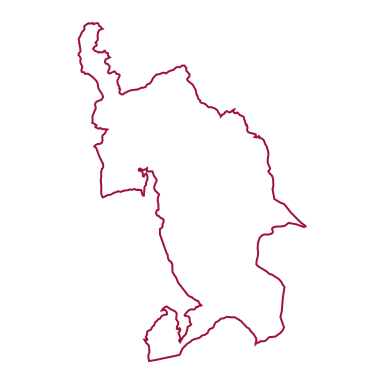 Albán, Cundinamarca, Colombia (orthographic projection)
{"feature_id": "7082276B79549864152225", "entity_name": "Albán", "entity_type": "district", "adm_level": 2, "iso_a3": "COL", "parent_name": "Colombia", "parent_adm1": "Cundinamarca", "projection": "orthographic", "projection_center": [-74.45, 4.893], "detail": "fine", "context": "isolated", "style": "outline", "palette": "rose", "viewbox_px": 384, "rotation_deg": 0, "n_neighbors": 0, "source": "geoboundaries", "source_scale": "gbopen_adm2", "svg_char_len": 5909}
<svg xmlns="http://www.w3.org/2000/svg" viewBox="0 0 384 384"><path d="M88.4,23.2L84.6,25.8L84.2,26.8L84.5,28.9L84.1,29.7L81.9,32.3L80.0,36.6L78.9,38.1L78.7,39.5L79.3,41.3L79.0,42.9L79.7,44.0L79.5,45.5L80.0,46.7L80.4,50.0L80.4,51.6L78.7,53.6L78.5,55.1L79.9,56.5L80.8,58.8L80.3,60.7L80.5,63.1L82.1,66.1L82.3,67.4L81.4,70.0L81.7,71.9L84.1,72.3L85.1,74.0L87.7,73.6L88.8,74.2L92.6,77.0L96.6,81.1L97.8,84.0L98.4,88.3L102.2,94.4L103.0,96.5L102.8,97.6L101.7,99.6L96.7,101.6L95.9,102.4L95.0,104.1L95.8,108.2L92.5,116.0L92.5,121.5L92.2,122.5L92.3,123.0L93.5,123.3L96.5,125.2L96.5,125.7L95.4,126.5L95.3,127.0L95.7,127.4L98.3,128.5L99.4,128.5L100.2,127.9L102.4,129.2L104.6,129.1L105.9,129.6L106.4,129.3L107.3,129.5L106.2,130.5L105.0,133.3L102.7,135.4L102.3,136.3L102.5,140.7L101.9,142.7L100.2,143.8L97.6,144.1L95.7,144.9L94.3,146.6L96.2,147.9L100.1,158.4L101.0,159.5L101.6,161.3L102.9,163.4L103.2,165.4L103.3,166.5L102.9,167.9L102.0,168.8L101.1,172.5L101.3,177.1L100.7,179.8L101.3,186.3L101.2,193.2L101.8,195.5L102.7,197.4L103.1,197.4L107.5,195.2L111.1,194.5L114.2,192.7L116.7,192.0L117.9,191.2L120.6,191.9L124.2,190.6L128.0,190.2L129.2,189.5L131.8,189.8L134.6,189.0L136.3,190.0L137.7,190.0L137.9,189.6L138.7,190.0L141.1,190.0L142.4,194.7L143.2,195.7L143.9,195.6L144.5,187.5L144.7,186.5L146.1,184.9L145.9,183.2L147.4,179.6L147.5,176.6L146.9,174.5L146.0,173.8L145.5,173.8L145.0,174.4L144.1,176.3L143.0,176.3L142.7,172.9L142.0,171.5L140.9,170.8L139.0,170.7L138.7,169.5L139.7,168.5L143.2,170.2L145.9,169.1L147.0,168.3L146.9,171.5L152.4,171.4L154.0,175.9L156.6,179.6L156.6,180.7L154.8,184.8L154.1,187.9L154.7,190.0L159.1,194.4L158.1,197.2L157.6,200.0L158.4,204.6L158.5,209.8L157.1,210.1L156.0,212.3L156.0,213.2L157.0,215.4L158.8,216.0L160.8,218.1L162.6,218.6L163.8,220.4L163.2,223.2L162.5,224.3L162.6,226.6L161.5,228.1L159.9,229.1L160.0,234.5L166.7,253.4L167.6,254.4L167.9,257.8L168.7,259.7L169.0,260.5L171.1,261.9L171.3,262.7L172.1,263.4L172.4,264.9L172.1,266.9L172.5,268.0L172.4,271.0L172.7,272.5L176.0,277.4L178.2,282.7L187.8,295.1L190.0,296.7L191.6,297.0L194.8,299.7L198.3,301.2L199.6,303.8L201.3,305.3L200.2,305.8L198.9,305.9L197.5,307.0L196.2,307.0L195.3,308.7L194.2,309.5L191.0,309.4L189.2,310.0L186.8,312.2L184.7,314.9L184.7,315.6L188.2,316.4L189.3,317.3L189.6,318.3L189.8,321.8L191.2,324.7L187.6,327.0L187.5,328.5L185.8,334.2L182.8,337.3L180.1,342.2L179.3,341.2L179.1,340.3L180.1,338.7L180.2,337.4L178.5,332.7L179.9,331.2L180.3,329.6L180.1,328.9L179.3,328.1L178.1,329.4L176.8,328.7L177.1,326.3L177.8,325.3L178.4,323.2L178.3,322.3L176.1,319.1L176.7,314.3L176.5,313.1L175.2,311.4L170.8,309.3L166.6,306.4L163.6,308.0L161.9,310.4L164.4,309.9L165.5,310.2L166.6,311.6L167.1,314.1L166.4,314.7L163.8,314.9L161.6,316.2L160.0,318.6L158.3,319.2L157.1,320.8L155.1,322.2L154.3,325.1L152.2,327.1L150.9,329.6L147.6,331.2L147.2,331.9L147.0,334.3L145.8,337.6L147.0,338.5L147.3,339.5L146.8,340.1L144.4,339.8L146.2,342.8L148.4,344.9L149.0,346.4L149.4,352.3L148.5,354.6L148.3,356.7L149.0,361.0L154.5,360.2L179.1,355.0L179.7,354.7L182.5,348.6L186.8,344.1L190.4,341.8L192.0,340.2L194.5,339.1L198.4,338.2L199.9,337.5L202.1,335.5L205.0,334.8L207.5,333.2L208.4,330.9L209.8,329.0L212.3,328.1L213.4,327.3L215.0,323.2L215.8,322.3L218.5,320.9L221.0,318.6L223.6,318.4L226.7,316.8L232.3,317.4L233.7,317.1L236.0,317.9L241.1,321.1L246.8,327.3L249.2,328.6L250.0,330.2L253.9,334.6L256.0,337.9L256.5,340.1L255.7,342.7L255.6,344.1L257.0,342.6L258.8,342.6L259.8,341.6L260.9,341.2L264.1,341.3L266.0,340.3L269.2,337.2L275.3,336.6L280.7,332.7L282.9,329.9L284.0,327.3L280.4,317.1L281.8,311.0L282.8,298.1L284.5,287.1L282.5,284.3L281.0,281.4L278.6,278.9L271.7,274.5L270.6,274.4L268.8,273.5L266.7,271.5L257.7,266.0L256.4,264.4L256.5,261.5L257.9,255.6L258.2,252.4L257.6,248.6L258.0,242.9L259.5,238.2L261.9,235.4L264.5,234.4L267.5,234.6L270.1,234.2L272.6,232.9L272.9,231.5L272.0,228.9L272.7,227.6L276.0,226.6L281.6,226.4L284.6,225.9L288.6,222.9L296.3,224.3L303.8,227.0L305.5,226.4L304.5,225.1L302.5,223.9L299.7,221.4L291.0,212.7L284.6,204.6L283.3,203.7L280.7,202.8L274.4,199.1L272.7,190.2L272.6,188.6L273.4,186.3L273.1,178.8L271.9,175.5L269.5,173.3L268.4,171.2L269.9,169.4L270.1,168.2L268.3,164.4L267.7,162.0L267.7,159.4L268.5,154.4L268.1,151.2L266.6,146.3L265.3,144.4L263.9,140.4L263.0,139.5L260.3,137.7L259.5,138.0L259.3,136.5L258.8,136.1L258.2,136.8L256.6,137.4L254.6,137.0L256.0,135.5L255.5,134.2L249.4,132.7L247.8,131.7L247.1,130.4L247.5,127.2L246.8,125.0L246.2,125.3L245.8,124.2L243.6,116.9L242.2,115.9L240.2,115.3L237.4,112.5L235.1,113.2L233.7,112.5L233.4,111.1L234.2,109.5L233.3,109.8L230.3,112.3L229.3,112.4L226.9,111.2L225.0,112.4L224.0,113.9L222.4,114.6L220.8,116.5L220.6,115.5L218.7,113.1L217.5,110.5L215.2,108.6L211.4,107.2L208.4,107.2L205.1,103.9L200.8,102.5L200.3,102.0L200.0,100.2L199.0,99.5L197.9,98.0L197.6,95.8L196.6,94.8L195.9,90.5L192.9,84.8L188.3,81.2L187.2,79.8L187.1,79.1L189.3,76.5L189.7,74.8L187.8,72.2L186.5,71.1L186.1,69.6L186.5,68.2L184.4,65.5L182.1,65.6L180.2,67.1L177.5,67.1L175.6,67.7L173.8,69.7L169.2,71.2L166.0,73.4L164.8,72.9L162.8,72.7L159.6,74.2L156.6,74.5L153.0,78.1L151.7,81.0L150.0,83.4L147.1,84.6L145.7,86.8L143.6,87.6L141.4,87.8L137.5,89.6L135.8,89.5L133.7,90.0L131.3,90.1L127.2,91.7L126.2,92.5L125.1,92.7L122.9,94.4L121.5,94.4L120.7,93.9L119.6,93.2L119.4,91.4L120.2,89.3L119.2,88.5L119.5,86.8L117.8,84.3L117.4,81.7L117.5,80.3L119.5,76.2L119.6,75.0L119.2,74.5L116.4,73.8L115.5,72.1L114.3,71.3L110.1,73.4L108.9,73.3L108.1,72.6L108.2,71.4L109.5,68.4L109.7,66.4L107.7,64.0L105.8,63.6L105.1,62.3L105.1,61.1L105.7,59.3L109.8,57.4L107.9,55.5L107.9,53.2L105.6,52.5L104.9,50.7L104.2,50.8L102.7,52.4L100.7,52.4L99.7,51.9L98.4,52.5L96.6,51.4L95.0,51.0L93.1,48.7L94.5,46.7L96.2,46.0L96.6,45.3L96.4,43.7L95.5,42.8L97.8,39.9L97.6,35.1L98.2,32.0L99.4,30.0L102.5,28.8L101.4,28.1L100.8,26.8L99.2,26.0L98.4,23.8L97.6,23.2L96.6,23.1L93.7,24.2L93.0,23.9L92.7,23.0L89.5,23.7L88.4,23.2Z" fill="none" stroke="#9f1239" stroke-width="2"/></svg>